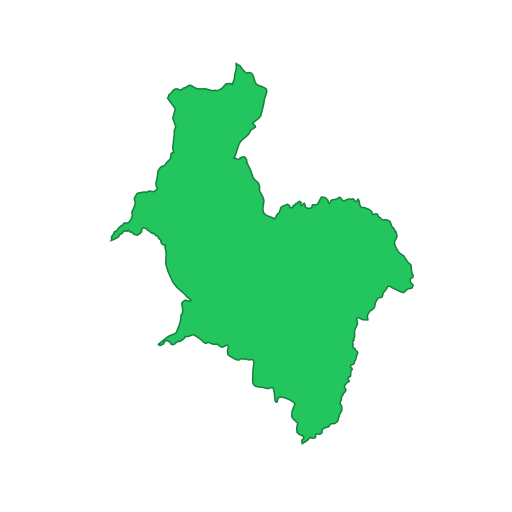 the district of Monapo, Nampula, Mozambique, rotated 146°
{"feature_id": "85939544B30642509050116", "entity_name": "Monapo", "entity_type": "district", "adm_level": 2, "iso_a3": "MOZ", "parent_name": "Mozambique", "parent_adm1": "Nampula", "projection": "natural_earth1", "projection_center": [40.158, -14.808], "detail": "fine", "context": "isolated", "style": "filled", "palette": "green", "viewbox_px": 512, "rotation_deg": 146, "n_neighbors": 0, "source": "geoboundaries", "source_scale": "gbopen_adm2", "svg_char_len": 6127}
<svg xmlns="http://www.w3.org/2000/svg" viewBox="0 0 512 512"><g transform="rotate(146 256 256)"><path d="M164.8,426.6L167.6,422.3L171.9,418.5L175.0,414.9L180.0,411.4L180.2,412.5L181.7,414.1L183.3,414.6L184.4,415.4L185.3,415.5L186.2,414.9L188.1,414.7L189.8,414.1L193.9,414.2L195.5,414.7L197.4,416.4L199.3,417.0L204.3,422.8L211.0,427.2L213.5,431.3L214.1,433.4L216.2,435.0L220.1,435.0L222.4,435.8L225.2,435.5L226.9,437.1L227.8,438.6L230.2,439.8L231.9,439.7L235.5,438.5L238.3,438.3L239.6,436.9L241.1,436.3L240.6,423.9L241.0,422.8L247.9,416.8L250.1,408.3L254.0,405.3L255.5,402.8L263.9,393.1L265.2,391.1L266.3,387.9L267.7,388.4L269.2,388.4L271.3,385.7L273.1,384.2L276.7,383.8L281.5,382.1L284.3,383.0L285.7,382.9L289.6,381.4L294.9,375.4L298.4,372.2L299.5,370.0L300.0,367.2L300.5,366.8L303.4,366.4L305.3,366.8L308.3,369.7L311.0,370.0L312.9,371.6L318.4,374.1L319.8,374.3L324.6,371.9L326.5,367.4L329.4,364.9L334.4,361.8L335.8,358.9L338.8,356.4L342.4,355.1L343.8,355.0L346.8,357.1L349.5,356.2L350.9,356.5L355.0,355.9L356.4,354.9L359.9,355.2L362.3,353.6L364.8,352.9L366.6,350.3L367.4,349.9L365.2,349.3L359.5,348.7L358.9,348.8L357.7,349.9L354.4,349.6L351.8,350.5L350.1,349.9L349.4,348.6L347.5,348.9L347.2,346.6L345.9,345.6L344.9,342.1L343.2,340.0L342.3,339.4L341.0,339.8L339.6,339.4L338.5,340.0L338.1,339.8L337.1,340.2L336.5,341.2L335.3,342.3L333.6,342.4L331.9,340.6L331.3,337.5L330.2,336.2L330.2,334.4L329.6,333.9L329.3,332.6L328.3,332.2L328.0,331.7L327.7,329.1L326.4,327.3L326.8,324.5L326.0,322.5L326.9,321.0L327.4,319.0L326.4,316.8L325.1,315.4L326.7,314.1L327.6,311.2L329.1,308.2L334.2,301.5L335.3,299.6L337.7,291.9L339.4,281.9L339.5,278.9L339.0,273.7L336.4,263.9L336.2,261.3L334.5,255.9L334.6,255.3L336.4,255.7L338.9,258.6L339.9,259.1L343.3,258.8L344.5,257.6L346.3,253.2L348.6,250.0L351.1,249.0L353.6,245.8L357.1,242.5L364.9,237.1L367.1,237.1L373.1,238.3L375.8,238.3L386.4,237.4L386.3,236.6L386.0,235.9L385.1,235.2L382.2,234.9L381.1,235.1L380.4,236.0L379.8,236.1L377.0,235.9L375.6,232.8L375.4,231.2L375.7,230.2L373.9,228.6L372.9,228.5L371.2,229.0L369.2,228.6L368.0,228.9L367.1,227.7L363.8,227.6L360.8,228.0L359.7,228.8L357.3,227.2L352.9,226.1L351.5,225.3L348.4,217.7L347.8,214.3L346.9,212.2L346.3,211.6L343.8,211.2L341.4,207.3L337.4,204.4L336.0,200.4L335.3,199.4L333.8,198.9L330.6,198.6L329.6,198.0L329.4,196.4L332.8,193.2L334.4,190.0L333.8,187.7L330.4,181.1L328.2,179.2L325.6,179.2L324.3,177.7L322.6,176.7L320.2,174.0L316.8,172.2L316.6,170.7L317.2,168.9L322.5,162.9L328.8,154.1L329.7,152.1L329.8,150.2L329.3,148.4L328.4,147.2L324.0,143.4L321.0,140.0L319.4,138.9L317.0,138.5L316.2,138.1L315.9,137.5L315.8,136.6L316.7,133.6L321.0,125.6L321.1,123.9L320.7,123.2L319.5,123.5L318.6,124.8L316.2,126.0L314.5,125.3L312.1,123.1L310.2,120.6L307.7,116.4L306.4,112.5L306.6,111.5L312.7,107.3L315.6,103.9L316.2,102.5L316.3,100.0L314.8,94.1L318.4,90.8L320.6,86.9L320.2,84.5L317.4,79.9L318.4,78.1L320.8,77.8L321.8,76.5L322.6,74.5L316.4,74.4L312.6,75.4L311.7,73.9L309.0,72.2L307.8,72.5L306.7,74.3L305.7,74.6L304.9,74.5L303.0,72.6L300.7,72.4L299.4,73.2L298.7,74.8L297.8,75.2L294.8,75.0L291.6,73.9L290.6,73.9L288.5,75.0L287.6,74.9L284.3,73.0L280.7,73.3L275.5,77.7L271.0,80.1L269.1,83.2L268.6,87.2L268.0,88.0L265.6,88.9L264.3,91.2L262.1,92.0L260.3,93.1L257.5,93.8L256.5,94.6L256.1,95.1L256.1,97.6L255.3,98.8L251.9,100.1L249.0,99.9L248.5,100.4L248.5,102.6L247.7,103.6L246.8,103.8L245.7,103.3L244.7,103.6L241.8,107.4L239.5,108.3L239.3,109.1L239.8,111.0L239.2,112.0L237.6,112.3L235.8,111.8L234.5,112.1L233.3,113.5L231.6,114.1L228.2,117.2L225.8,118.7L225.5,119.8L226.0,122.1L225.8,123.9L226.7,126.0L226.3,127.0L225.0,128.4L224.0,130.9L223.4,131.3L222.0,131.2L221.4,132.8L219.3,133.9L216.4,138.5L214.1,140.4L210.0,142.8L209.0,144.3L208.0,147.1L207.1,147.9L205.8,147.8L205.4,147.4L203.2,143.5L199.1,140.5L198.3,141.5L198.0,143.0L195.9,145.1L192.4,146.6L189.5,146.4L187.0,147.0L185.1,148.3L183.5,150.3L178.8,152.7L177.5,152.6L175.2,151.6L174.2,151.5L171.4,154.1L166.5,155.7L163.8,157.0L162.2,156.4L160.6,153.0L155.3,144.2L153.9,143.1L149.8,143.8L147.6,143.6L145.8,142.5L144.6,142.3L142.3,143.5L142.1,144.7L142.6,147.8L141.5,150.2L140.9,150.7L138.1,150.6L137.3,151.1L136.4,152.4L136.3,154.4L135.8,155.8L132.5,161.8L133.6,166.2L133.5,173.7L134.8,176.5L135.6,179.9L135.1,186.1L134.5,188.2L133.7,189.5L132.2,191.0L129.0,192.6L127.8,193.9L126.3,198.0L126.9,198.8L126.2,201.6L126.9,204.1L125.6,209.5L126.2,211.2L127.3,212.6L128.8,214.0L130.8,215.0L131.2,215.8L131.7,218.5L132.6,220.5L132.0,222.0L132.1,222.9L132.8,223.8L135.9,225.1L136.0,226.6L135.4,227.2L135.2,228.2L136.4,231.8L137.8,233.5L138.8,235.4L141.0,236.9L141.5,237.6L141.4,240.5L139.7,243.8L139.5,246.1L140.0,246.1L141.2,244.9L141.8,244.7L143.0,245.9L143.5,249.0L143.8,249.4L145.4,249.9L147.0,251.3L149.8,252.2L151.4,252.1L152.4,252.5L153.3,254.2L153.2,256.5L153.6,257.6L154.4,258.1L157.4,258.1L161.7,260.0L163.0,260.0L164.4,258.9L166.0,258.7L166.0,260.1L165.2,261.9L165.7,264.8L166.1,265.9L168.8,268.3L175.9,264.6L178.3,265.0L179.8,266.6L180.7,266.8L182.8,264.9L184.8,265.5L186.2,266.3L187.5,268.3L187.6,269.9L186.9,270.3L186.4,272.6L187.4,273.0L189.7,272.3L190.5,273.0L189.9,274.6L188.7,275.1L189.1,276.8L191.1,277.2L192.9,276.6L194.3,277.2L195.8,276.3L196.9,277.1L197.3,276.1L198.6,275.7L199.1,276.3L200.6,276.6L200.8,277.0L200.8,277.6L200.1,278.7L200.9,281.2L205.9,282.4L208.3,282.3L212.6,278.8L214.3,278.9L216.2,278.3L218.6,276.7L220.1,276.3L220.7,278.2L224.5,283.6L225.4,286.6L225.4,288.1L223.9,291.4L218.9,296.9L218.1,298.3L217.4,300.5L216.7,307.5L216.3,308.8L214.6,310.7L213.4,313.8L213.3,315.6L214.3,319.7L214.6,322.4L212.5,330.0L211.4,338.0L209.9,341.4L210.0,344.5L210.4,345.0L213.7,346.2L214.3,346.2L215.4,345.4L216.2,345.6L217.1,346.4L218.3,348.5L219.7,349.4L216.2,351.5L208.3,357.7L205.4,359.3L202.7,360.0L195.8,360.7L192.9,361.6L189.6,363.3L184.4,363.1L183.9,364.3L184.7,367.9L184.6,368.1L176.5,368.6L173.7,369.5L164.8,377.5L161.4,381.2L155.4,386.0L154.3,387.6L154.2,388.6L154.7,390.3L156.8,393.9L159.0,396.7L159.6,398.4L159.4,401.0L157.5,407.2L157.5,409.8L158.8,411.8L161.2,412.8L162.0,413.9L162.9,418.4L162.8,422.3L164.8,426.6Z" fill="#22c55e" stroke="#15803d" stroke-width="1.5"/></g></svg>